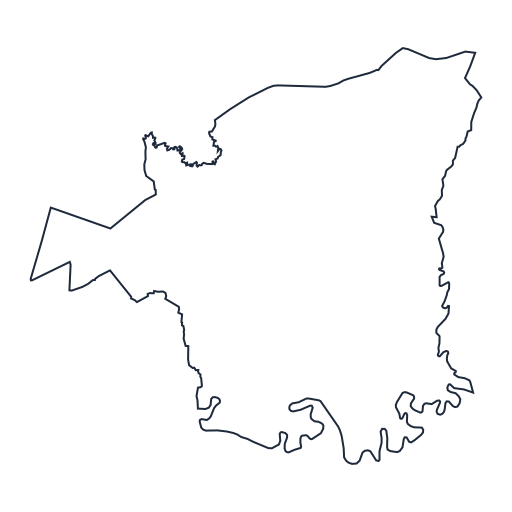 Kamalasai, Kalasin, Thailand (Natural Earth projection)
{"feature_id": "78962969B55465518750669", "entity_name": "Kamalasai", "entity_type": "district", "adm_level": 2, "iso_a3": "THA", "parent_name": "Thailand", "parent_adm1": "Kalasin", "projection": "natural_earth1", "projection_center": [103.585, 16.288], "detail": "fine", "context": "isolated", "style": "outline", "palette": "slate", "viewbox_px": 512, "rotation_deg": 0, "n_neighbors": 0, "source": "geoboundaries", "source_scale": "gbopen_adm2", "svg_char_len": 6085}
<svg xmlns="http://www.w3.org/2000/svg" viewBox="0 0 512 512"><path d="M473.1,392.6L470.3,382.1L469.4,380.3L464.7,378.2L458.3,377.1L454.3,374.5L454.2,373.3L455.7,372.1L455.8,371.0L451.2,368.4L447.2,361.5L446.8,358.4L447.3,355.3L448.3,353.1L447.9,351.6L446.3,351.0L443.5,352.1L439.8,356.3L438.6,356.2L437.8,355.1L438.9,351.6L438.4,347.8L439.4,343.6L439.6,337.0L439.3,335.8L436.4,333.0L436.3,329.9L437.7,327.0L445.4,319.0L448.5,313.5L449.0,306.1L448.1,305.9L446.7,307.7L445.1,308.3L443.1,307.6L442.1,306.0L444.6,301.3L446.8,295.0L447.3,292.3L449.0,289.1L449.2,284.0L449.0,282.6L448.3,282.2L441.5,285.9L440.3,286.0L439.6,285.3L439.6,276.9L441.0,275.1L443.6,274.0L444.2,272.6L443.7,271.5L439.7,270.0L439.0,269.1L439.2,268.5L441.7,268.3L442.4,267.7L441.8,263.3L443.6,256.8L443.2,253.7L438.8,238.6L443.0,232.0L443.4,229.6L442.4,226.7L441.2,225.2L434.1,222.8L431.7,216.7L436.6,217.2L435.7,208.9L435.0,206.1L437.9,200.9L439.8,199.4L442.0,195.8L441.8,190.0L443.4,185.7L442.4,179.3L445.1,175.8L446.1,171.2L447.0,169.8L451.4,166.4L452.9,164.4L452.9,160.6L455.1,158.0L457.6,146.7L459.3,146.6L460.5,145.2L463.2,143.8L465.5,140.4L465.5,138.4L466.4,136.9L467.7,131.5L471.2,130.1L471.3,121.9L474.1,113.1L476.5,107.5L477.2,104.1L478.6,100.7L481.3,97.4L476.4,89.9L472.4,85.8L470.1,84.4L465.0,78.1L470.1,66.6L475.2,52.8L465.3,51.6L446.2,58.0L436.0,59.2L429.2,58.1L408.2,49.2L402.8,48.1L395.8,53.0L381.6,65.9L378.4,70.1L376.9,69.9L369.7,72.9L347.9,78.9L343.4,80.5L338.3,83.4L330.3,86.0L325.6,86.8L278.2,85.4L273.4,85.8L267.8,87.9L248.8,97.4L230.1,109.2L214.9,120.1L215.4,124.1L215.0,126.4L211.9,131.5L209.4,131.7L209.0,133.0L210.4,136.5L212.5,137.2L212.3,139.4L215.7,140.6L215.6,141.2L214.1,141.3L213.4,145.7L214.7,145.6L216.1,146.7L217.5,146.0L218.3,148.0L217.9,151.0L219.6,148.8L221.0,149.4L221.5,150.6L220.9,151.7L220.6,155.1L218.1,156.9L217.6,158.5L215.5,159.3L216.1,161.4L214.8,164.3L214.0,163.9L213.7,162.0L213.0,161.3L212.4,161.9L212.8,163.4L212.4,164.1L206.9,163.9L203.7,162.8L202.0,164.0L201.8,165.0L200.8,165.4L199.2,165.0L197.6,166.6L196.6,165.6L196.9,162.6L196.4,162.0L192.9,164.2L192.8,165.6L192.1,166.4L190.5,166.0L191.5,164.9L191.0,164.2L186.2,165.4L186.1,164.8L187.1,163.5L187.1,162.6L185.3,163.1L184.3,162.2L182.5,162.2L181.8,161.5L182.3,159.6L184.1,159.0L184.6,156.2L184.1,155.7L181.9,156.0L181.8,155.2L182.7,153.8L182.6,153.2L181.0,154.2L179.8,153.0L179.8,152.3L182.2,149.3L181.8,147.9L180.2,146.4L179.5,146.3L179.0,147.0L180.6,148.3L180.7,149.3L178.1,150.6L177.4,150.5L177.4,149.2L176.5,147.3L175.1,146.8L174.4,147.2L174.6,148.7L174.1,149.4L173.1,149.3L172.7,148.3L171.2,148.0L169.4,149.7L167.4,150.4L166.9,148.8L168.3,146.5L165.2,146.0L164.9,145.1L165.6,143.3L164.7,142.8L157.1,145.5L156.6,147.5L155.8,147.8L155.2,147.4L154.4,145.5L153.2,145.0L152.8,144.2L153.5,143.1L155.5,143.9L155.6,142.9L154.4,140.5L155.4,138.0L154.9,137.5L153.0,137.8L152.8,135.7L151.7,134.0L151.8,132.5L150.8,132.7L148.3,136.3L145.5,135.1L145.2,135.6L145.9,137.5L145.7,138.5L144.6,138.9L143.3,138.4L143.1,139.1L144.4,141.5L145.9,147.3L145.4,151.6L145.6,159.4L144.3,164.3L144.5,170.1L146.2,176.0L153.7,181.4L154.8,189.5L155.7,189.9L155.8,194.5L145.3,200.0L110.4,228.5L50.8,207.6L41.8,240.8L30.7,278.8L30.9,280.3L32.1,280.3L69.8,261.9L70.6,264.7L69.4,290.3L71.7,290.6L82.4,286.9L88.1,283.9L92.8,280.1L94.9,280.0L95.2,278.8L98.9,276.0L110.0,270.4L131.2,296.8L131.1,298.5L134.7,300.1L136.9,302.1L147.9,296.1L147.7,293.9L149.9,293.1L153.7,293.3L154.1,291.0L158.2,291.8L162.9,291.5L165.5,292.9L166.2,296.1L165.3,298.8L178.8,306.8L179.1,309.2L178.3,312.7L182.1,314.4L181.4,322.2L182.1,322.6L182.0,325.4L183.4,326.0L184.2,330.0L183.7,331.1L184.1,334.7L183.6,338.5L185.6,345.9L188.3,346.1L188.1,359.7L189.1,365.2L192.7,368.0L194.3,367.7L195.8,370.2L198.3,370.0L198.1,371.6L198.6,373.1L200.5,374.6L200.3,376.6L201.2,378.4L201.9,386.0L200.7,387.2L198.0,387.6L196.5,396.0L197.5,400.5L197.9,408.6L205.5,409.0L208.9,407.6L210.6,404.9L211.2,398.9L212.9,397.2L215.1,397.1L217.7,397.9L219.3,399.1L220.0,400.8L219.7,402.7L216.1,405.5L214.1,408.1L210.8,416.3L209.3,418.3L206.8,420.0L201.5,419.1L199.9,420.0L199.7,421.6L201.2,427.5L203.0,429.5L205.7,430.6L217.4,430.4L226.8,431.5L233.3,433.0L237.1,434.4L241.2,437.0L247.5,438.9L253.2,441.8L268.3,448.1L271.9,448.3L278.9,444.5L280.3,440.7L279.7,434.0L280.4,432.6L281.5,432.0L285.2,433.0L287.1,434.9L287.1,437.5L284.8,443.7L284.6,448.5L285.5,451.1L286.9,452.1L288.6,452.4L294.5,449.8L300.7,447.9L301.1,446.6L300.4,442.8L300.4,438.6L301.2,436.4L302.0,435.7L306.2,435.2L307.6,436.0L310.0,438.8L311.8,439.2L320.9,433.2L323.2,428.7L323.4,425.6L322.5,424.0L320.7,422.8L318.1,421.7L314.5,421.3L311.5,419.0L310.7,417.1L310.7,414.2L312.7,407.7L311.8,405.7L310.3,405.6L300.5,409.8L293.3,411.4L291.1,411.0L289.5,409.4L289.3,407.4L289.9,405.4L292.3,403.4L298.5,402.3L306.5,398.5L308.7,398.5L318.8,400.3L320.5,401.1L338.2,426.6L340.0,430.5L341.7,436.2L343.7,448.3L344.1,457.4L346.3,460.9L348.5,462.6L352.0,463.9L356.6,463.5L359.6,460.7L362.5,452.6L364.9,450.8L367.9,450.3L370.4,451.3L376.1,460.3L378.5,461.0L379.5,459.9L379.5,451.3L381.6,442.7L381.6,438.0L380.6,431.7L382.1,428.8L384.7,428.9L386.3,430.7L387.3,438.1L387.1,447.2L387.7,449.7L390.4,451.1L397.0,452.1L399.7,451.1L402.5,447.3L403.8,439.0L404.7,437.3L406.6,437.4L409.2,441.8L411.1,442.4L414.6,440.2L421.3,434.7L423.0,432.4L423.2,429.7L421.8,427.6L414.1,427.3L410.7,426.1L407.8,423.9L406.9,421.9L407.2,415.2L406.4,413.3L405.3,413.1L404.5,413.7L402.2,418.5L401.0,418.8L400.1,418.1L399.3,413.6L396.0,407.4L395.8,405.1L396.9,402.1L402.5,393.0L404.3,392.2L406.3,392.3L413.3,395.3L414.1,396.8L414.1,398.6L410.9,403.4L410.7,406.2L412.6,408.7L414.8,410.2L420.3,412.6L421.6,412.4L422.5,411.3L423.0,405.8L424.5,403.7L426.3,403.3L431.7,404.1L437.1,400.7L439.3,400.5L440.0,401.3L440.1,402.5L436.8,410.0L436.6,411.5L437.6,413.9L440.2,414.7L442.2,413.9L443.8,412.1L444.6,409.8L445.5,403.0L446.6,401.4L448.8,401.5L452.9,406.1L455.0,407.1L457.4,406.6L459.6,403.3L460.3,399.3L458.8,396.3L455.6,393.2L450.5,392.0L447.8,390.2L447.3,387.5L448.7,384.5L450.1,384.3L454.1,388.1L464.2,389.5L473.1,392.6Z" fill="none" stroke="#1e293b" stroke-width="2"/></svg>